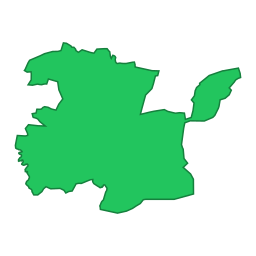 Gaya, Kano, Nigeria
{"feature_id": "59680162B19536521240899", "entity_name": "Gaya", "entity_type": "district", "adm_level": 2, "iso_a3": "NGA", "parent_name": "Nigeria", "parent_adm1": "Kano", "projection": "albers", "projection_center": [8.975, 11.819], "detail": "fine", "context": "isolated", "style": "filled", "palette": "green", "viewbox_px": 256, "rotation_deg": 0, "n_neighbors": 0, "source": "geoboundaries", "source_scale": "gbopen_adm2", "svg_char_len": 4205}
<svg xmlns="http://www.w3.org/2000/svg" viewBox="0 0 256 256"><path d="M29.6,60.3L28.1,62.8L25.1,69.5L24.4,70.5L27.1,72.1L31.0,71.8L31.3,73.8L31.2,79.9L28.1,84.8L32.5,85.2L37.5,84.1L39.4,84.5L41.7,84.7L43.8,84.1L45.8,83.9L46.7,84.0L48.4,79.0L56.3,81.3L57.7,81.7L58.9,89.9L62.8,98.9L58.8,104.2L56.0,110.1L51.4,109.0L48.1,107.3L44.6,106.7L42.9,107.5L41.5,109.0L39.8,109.3L36.9,109.2L36.8,109.5L36.1,113.0L32.2,113.7L33.0,117.0L33.3,117.4L35.3,117.9L36.7,118.4L37.9,119.1L39.9,121.7L45.2,126.0L38.3,125.8L28.5,124.7L27.6,125.8L27.1,126.5L26.2,127.5L25.4,128.6L27.5,133.3L27.8,135.1L27.6,135.4L26.1,135.8L25.4,136.0L17.3,135.5L15.4,145.3L15.7,148.1L16.2,148.4L16.7,148.8L17.2,149.0L17.7,149.0L18.0,149.2L18.4,149.4L18.7,149.6L18.9,149.8L19.1,149.8L19.6,149.8L20.3,149.8L20.8,150.2L21.4,150.8L21.6,151.1L21.8,151.2L22.0,151.4L22.1,151.6L22.0,151.8L21.8,152.0L21.6,152.0L21.2,152.0L20.9,152.1L20.5,152.2L20.2,152.4L19.9,152.4L19.5,152.4L19.3,152.5L19.1,152.6L18.9,152.8L18.8,153.3L18.9,153.6L19.3,153.7L19.4,153.9L19.7,154.2L20.0,154.3L20.3,154.5L20.6,154.5L20.9,154.6L21.2,154.6L21.3,154.9L21.5,155.3L21.5,155.9L21.3,156.6L21.0,157.0L20.5,157.4L19.9,157.7L19.7,158.0L19.4,158.5L18.7,159.3L18.5,159.8L18.5,160.3L18.6,160.7L18.5,161.0L18.8,161.3L19.1,161.2L19.5,160.9L20.0,160.8L20.5,160.8L21.2,160.8L21.6,160.9L21.8,160.6L21.9,160.2L22.1,159.9L22.4,160.0L22.7,160.1L22.8,160.4L23.0,160.7L23.1,161.1L23.2,161.6L23.1,162.1L22.7,162.6L22.4,163.0L22.1,163.2L22.0,163.6L21.8,163.8L21.7,164.1L21.8,164.4L22.1,164.5L22.3,164.6L22.8,164.9L23.3,165.2L23.7,165.2L24.3,165.1L24.8,164.9L25.1,164.8L25.3,164.6L25.3,164.4L25.5,164.3L25.8,164.6L26.1,164.6L26.3,164.5L26.7,164.3L26.8,164.0L27.2,164.0L27.6,164.3L27.9,164.7L27.9,166.0L27.6,166.4L26.9,167.1L26.2,167.9L25.8,168.8L25.2,169.3L25.1,169.7L25.2,170.3L25.4,171.0L25.3,171.6L25.6,171.7L26.0,171.6L26.6,171.5L27.3,171.6L27.5,172.0L27.3,172.6L27.0,172.8L29.4,176.7L29.3,177.3L29.4,177.8L29.1,178.2L28.8,178.9L28.6,179.5L28.2,180.2L27.5,180.6L27.1,181.0L26.5,181.7L26.3,182.7L25.9,183.1L25.9,183.7L26.1,184.3L26.7,184.9L27.2,185.4L27.8,185.9L28.5,186.5L28.7,187.0L29.0,187.9L29.3,188.3L29.8,188.5L30.8,189.0L31.6,189.8L32.0,190.5L32.0,191.2L32.0,191.8L32.6,192.6L33.3,194.1L33.8,194.9L37.8,194.9L41.9,191.6L43.6,188.8L46.0,186.7L50.7,188.8L60.1,188.4L64.0,190.3L65.8,193.0L68.8,191.5L72.2,191.0L73.9,187.9L76.1,183.8L78.7,183.3L81.4,183.4L88.2,180.6L90.2,179.8L92.8,179.5L92.7,181.7L93.8,183.6L97.3,185.9L99.0,186.9L100.1,187.7L100.9,187.5L102.3,187.1L102.2,186.5L102.8,186.4L103.2,186.0L103.3,185.4L103.5,185.0L104.7,184.9L106.6,187.6L107.0,188.2L106.9,189.1L106.7,190.4L105.7,192.1L103.4,199.9L103.0,200.3L102.6,200.6L102.5,200.8L102.1,201.2L101.6,201.9L101.3,202.4L101.0,203.2L100.5,204.4L100.2,205.2L99.8,206.0L100.0,206.4L100.1,206.7L100.4,209.4L117.5,213.1L126.5,211.1L132.5,208.4L136.1,206.0L140.3,203.5L143.3,199.7L145.7,199.3L174.2,199.3L193.5,194.0L193.4,179.2L190.6,174.0L183.2,167.4L187.6,163.2L184.0,158.5L183.2,149.2L182.5,147.8L181.5,144.6L183.7,128.1L184.8,122.8L190.2,120.8L204.3,121.0L212.8,117.4L214.8,115.4L218.4,108.2L219.0,106.3L220.1,99.8L225.1,98.3L229.2,94.8L231.3,90.2L229.2,87.9L234.3,82.0L235.6,80.0L238.1,78.4L240.6,77.5L240.1,73.3L238.4,68.1L225.1,70.5L224.2,70.7L222.5,70.9L209.2,75.5L199.6,83.3L199.9,84.7L196.6,87.5L195.2,90.7L194.4,95.8L194.2,96.1L191.4,99.9L194.0,103.0L193.0,110.7L191.2,117.5L185.4,119.4L184.4,113.1L179.7,112.7L175.4,113.2L172.8,112.6L170.7,112.1L167.8,111.4L164.3,109.6L153.7,111.3L149.9,112.1L140.4,114.4L140.8,112.7L142.0,108.1L145.6,95.0L151.9,88.6L153.4,83.8L154.3,80.3L155.4,76.0L157.7,75.6L158.9,70.9L152.0,70.7L135.2,67.0L135.2,66.4L135.0,65.8L135.1,64.9L134.4,62.1L132.7,62.2L126.1,63.5L124.3,63.5L121.7,63.4L120.8,63.2L119.7,63.1L117.2,63.5L116.7,63.3L116.2,62.8L115.7,62.1L115.5,61.2L115.2,59.6L115.7,57.5L115.0,56.3L113.9,55.6L112.8,55.3L111.6,57.7L111.3,58.5L110.9,57.9L110.4,56.3L109.7,51.7L108.8,50.9L107.1,48.7L104.0,48.7L96.9,49.1L93.9,53.2L90.3,52.4L82.1,49.8L78.4,52.3L78.1,52.1L75.8,50.5L75.7,49.3L73.9,47.3L71.7,47.2L71.0,46.0L66.5,43.3L63.4,42.9L61.5,49.0L61.0,50.5L59.5,51.0L58.7,51.2L57.8,51.4L52.7,51.5L44.5,53.7L40.4,55.7L29.6,60.3Z" fill="#22c55e" stroke="#15803d" stroke-width="1.5"/></svg>